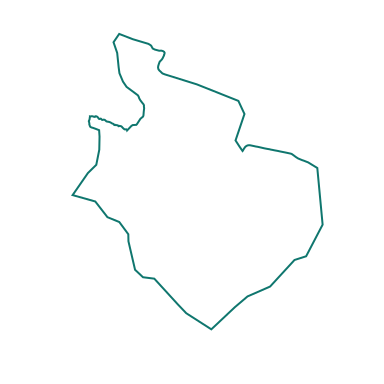 outline of Bornuur, Töv, Mongolia, rotated 114°
{"feature_id": "93677404B81102829752528", "entity_name": "Bornuur", "entity_type": "district", "adm_level": 2, "iso_a3": "MNG", "parent_name": "Mongolia", "parent_adm1": "Töv", "projection": "mercator", "projection_center": [106.158, 48.484], "detail": "fine", "context": "isolated", "style": "outline", "palette": "teal", "viewbox_px": 384, "rotation_deg": 114, "n_neighbors": 0, "source": "geoboundaries", "source_scale": "gbopen_adm2", "svg_char_len": 2640}
<svg xmlns="http://www.w3.org/2000/svg" viewBox="0 0 384 384"><g transform="rotate(114 192 192)"><path d="M305.1,147.9L309.6,118.5L279.8,106.0L264.8,98.8L246.6,82.2L212.4,70.7L204.3,61.6L168.7,59.4L119.1,87.3L117.7,98.0L117.8,99.8L117.9,102.4L118.1,104.4L118.2,108.7L117.8,111.3L117.2,113.9L116.7,116.4L116.8,117.4L117.4,120.3L118.0,123.1L119.0,127.5L119.6,130.4L120.4,133.7L120.8,135.6L121.2,137.2L121.4,138.5L121.8,140.0L122.1,141.2L122.7,143.8L123.3,146.9L124.0,150.4L124.5,152.3L124.9,154.3L125.5,157.1L125.7,158.0L126.1,159.0L126.7,160.0L127.1,160.4L127.8,161.0L129.1,161.7L130.5,162.0L131.8,162.2L132.7,162.3L133.3,162.3L134.0,162.5L131.3,166.9L127.2,173.2L99.4,175.8L89.9,186.7L91.7,231.4L95.6,264.7L95.7,267.2L95.3,268.4L94.9,269.4L94.7,269.9L94.5,270.7L94.1,271.6L93.5,272.6L92.2,273.6L90.7,274.1L88.1,274.4L86.0,274.5L84.8,274.0L83.0,273.4L81.4,273.2L80.0,273.2L78.6,273.1L77.8,273.4L77.0,273.3L75.9,273.7L75.3,274.5L75.1,275.8L75.3,277.4L76.3,279.5L77.0,283.9L76.9,286.3L76.2,287.1L75.7,287.9L75.0,288.7L74.7,289.7L74.4,292.1L76.5,308.3L77.2,322.8L87.1,324.6L95.4,316.9L107.8,309.8L113.0,306.6L119.2,300.0L122.6,294.5L125.3,282.4L125.7,280.7L126.6,279.5L127.9,278.3L129.1,276.7L129.6,275.8L130.6,274.0L131.7,271.8L132.6,271.0L133.5,270.7L134.9,269.8L138.1,268.8L141.8,267.5L143.0,267.4L146.1,268.9L152.4,269.9L153.3,270.2L154.2,271.9L155.0,273.4L156.2,274.2L162.1,276.3L161.7,276.6L161.6,277.1L161.5,277.7L161.8,278.1L162.0,278.4L162.2,279.1L162.0,280.0L161.8,280.6L161.5,281.5L161.1,282.3L160.8,283.1L160.8,283.9L161.1,284.9L161.2,285.4L161.4,285.6L161.7,285.7L161.8,285.9L161.6,286.2L161.4,286.6L161.3,287.0L161.5,287.7L161.7,288.5L161.7,289.0L162.1,289.3L162.3,289.8L162.4,290.3L161.9,291.0L161.8,291.3L161.8,291.9L161.9,292.6L161.8,293.3L161.7,293.9L161.6,295.0L161.7,296.2L162.0,297.5L162.2,298.2L162.3,298.9L162.1,299.5L161.8,300.3L161.6,301.2L161.8,302.0L162.0,302.4L162.5,302.9L162.7,303.5L162.5,304.0L162.2,304.7L162.1,305.2L162.3,305.6L162.6,305.8L162.9,306.1L163.0,306.8L162.5,307.7L162.0,308.6L161.8,309.1L161.8,309.7L161.8,310.3L162.0,310.9L162.4,311.3L162.9,311.3L163.1,311.8L163.2,312.4L163.2,313.2L163.5,314.3L164.2,315.4L164.4,316.0L165.0,315.7L165.9,315.6L167.0,315.2L167.7,315.1L168.4,315.1L169.0,315.1L169.4,315.0L169.9,314.5L170.5,314.1L171.4,313.5L172.0,313.3L172.6,312.7L173.1,312.3L173.6,311.7L173.9,311.2L173.9,309.8L173.7,308.7L173.6,307.3L173.5,306.0L173.3,302.0L179.0,299.0L191.1,293.9L206.1,290.5L217.0,294.8L243.4,299.8L240.0,276.5L249.4,259.0L249.0,246.2L256.5,233.0L262.9,230.0L286.2,212.4L289.8,202.1L286.5,191.2L300.4,159.3L305.1,147.9Z" fill="none" stroke="#0f766e" stroke-width="2"/></g></svg>